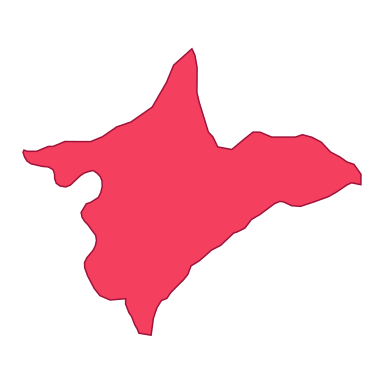 the district of Cholwon, Kangwŏn-do, North Korea
{"feature_id": "82179303B128003605723", "entity_name": "Cholwon", "entity_type": "district", "adm_level": 2, "iso_a3": "PRK", "parent_name": "North Korea", "parent_adm1": "Kangwŏn-do", "projection": "albers", "projection_center": [126.987, 38.318], "detail": "fine", "context": "isolated", "style": "filled", "palette": "rose", "viewbox_px": 384, "rotation_deg": 0, "n_neighbors": 0, "source": "geoboundaries", "source_scale": "gbopen_adm2", "svg_char_len": 1641}
<svg xmlns="http://www.w3.org/2000/svg" viewBox="0 0 384 384"><path d="M24.0,150.1L23.0,152.3L24.6,157.1L27.0,161.0L31.0,163.8L42.3,166.4L48.1,166.9L52.9,169.5L54.5,173.8L54.7,178.9L56.3,183.3L60.3,186.1L65.9,186.9L70.3,185.1L80.3,175.7L84.2,173.1L88.4,171.6L93.2,170.5L97.2,173.3L100.4,176.7L102.0,181.0L102.2,186.4L100.8,192.5L98.4,197.4L90.8,202.3L86.3,203.8L81.1,212.5L82.1,217.3L84.6,221.3L87.7,224.5L95.7,235.4L96.5,240.4L95.3,246.0L92.9,250.6L86.9,257.7L84.5,262.6L84.7,267.7L87.6,275.8L94.2,288.4L99.9,295.6L110.1,300.0L125.6,298.7L125.6,304.1L129.0,312.8L131.5,316.3L134.9,325.0L137.2,328.9L138.9,333.2L151.1,335.2L153.4,318.2L155.1,313.1L157.0,307.5L159.3,303.9L161.4,300.5L162.6,300.1L166.8,298.4L168.7,295.6L168.9,295.2L170.8,292.5L178.6,284.6L183.4,279.9L186.3,276.3L187.6,274.7L188.1,273.5L191.1,265.8L199.3,260.8L205.1,255.8L211.4,250.1L220.6,245.4L233.7,233.0L237.3,231.9L245.0,228.0L251.4,219.5L256.5,216.5L259.8,214.6L274.7,203.5L276.5,202.8L279.8,201.4L283.2,201.8L285.7,202.9L291.6,205.7L295.8,206.0L300.4,206.4L311.9,202.6L312.6,202.4L328.7,196.5L336.2,192.2L347.2,184.8L351.5,182.8L357.5,184.0L360.9,184.7L361.0,174.3L354.0,164.4L346.9,161.9L339.9,157.0L330.5,152.0L321.2,142.1L311.8,137.2L302.4,134.7L295.3,137.1L283.6,137.1L271.8,137.1L260.1,132.2L253.0,132.1L243.6,139.6L231.8,149.5L217.7,146.9L213.0,137.0L208.4,132.1L203.8,117.2L199.2,102.3L196.9,92.4L197.0,82.5L197.1,67.6L194.9,55.2L191.9,48.8L173.7,65.1L166.5,82.4L152.2,107.1L130.9,122.0L116.7,126.9L102.5,136.7L90.7,141.6L79.0,141.6L64.9,141.5L53.1,146.4L48.4,146.4L36.6,151.3L27.2,151.3L24.0,150.1Z" fill="#f43f5e" stroke="#9f1239" stroke-width="1.5"/></svg>